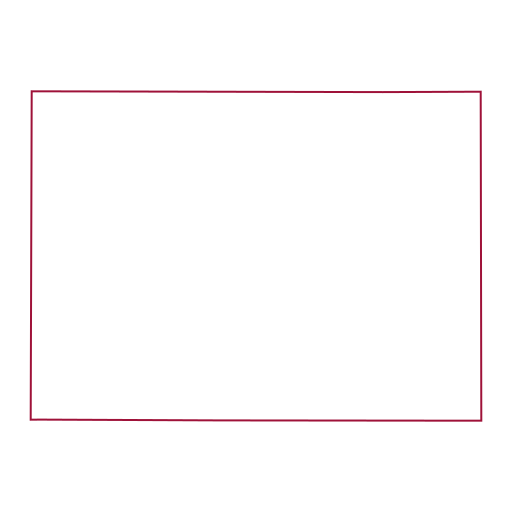 Murray, Minnesota, United States of America
{"feature_id": "52423323B53940725517536", "entity_name": "Murray", "entity_type": "district", "adm_level": 2, "iso_a3": "USA", "parent_name": "United States of America", "parent_adm1": "Minnesota", "projection": "natural_earth1", "projection_center": [-95.82, 44.022], "detail": "fine", "context": "isolated", "style": "outline", "palette": "rose", "viewbox_px": 512, "rotation_deg": 0, "n_neighbors": 0, "source": "geoboundaries", "source_scale": "gbopen_adm2", "svg_char_len": 216}
<svg xmlns="http://www.w3.org/2000/svg" viewBox="0 0 512 512"><path d="M39.9,419.6L219.9,420.4L481.3,420.7L480.7,91.7L382.9,92.1L31.7,91.3L30.7,419.7L39.9,419.6Z" fill="none" stroke="#9f1239" stroke-width="2"/></svg>